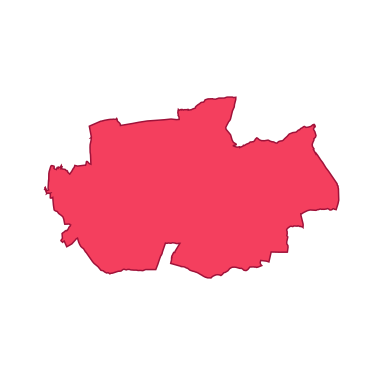 the district of Susani, Vâlcea, Romania, rotated 290°
{"feature_id": "2599482B57845502750026", "entity_name": "Susani", "entity_type": "district", "adm_level": 2, "iso_a3": "ROU", "parent_name": "Romania", "parent_adm1": "Vâlcea", "projection": "natural_earth1", "projection_center": [24.105, 44.597], "detail": "fine", "context": "isolated", "style": "filled", "palette": "rose", "viewbox_px": 384, "rotation_deg": 290, "n_neighbors": 0, "source": "geoboundaries", "source_scale": "gbopen_adm2", "svg_char_len": 5973}
<svg xmlns="http://www.w3.org/2000/svg" viewBox="0 0 384 384"><g transform="rotate(290 192 192)"><path d="M297.1,284.1L297.3,283.6L296.9,283.1L296.3,282.4L295.0,281.7L294.2,281.1L292.6,278.9L291.7,277.0L291.7,276.6L292.1,275.5L291.9,275.0L291.6,274.6L289.8,273.4L288.7,272.3L287.6,272.0L287.1,271.7L286.6,270.8L284.4,269.7L283.7,269.1L282.3,266.4L279.8,263.6L279.2,263.3L276.8,262.4L273.8,260.8L271.8,260.0L270.9,259.1L270.1,257.6L269.4,256.6L268.8,256.0L267.1,255.2L266.9,254.8L266.7,253.4L267.0,251.7L266.5,249.6L266.6,248.8L266.5,248.1L266.8,246.2L266.7,245.6L264.9,242.4L264.0,239.6L264.1,237.4L265.0,235.1L265.0,234.3L263.1,233.4L261.8,233.3L260.4,232.6L260.1,232.1L259.7,231.2L259.2,230.7L259.0,229.8L258.6,229.4L257.3,228.8L256.6,228.0L255.6,226.8L253.6,225.3L253.5,224.3L252.6,224.2L252.3,224.0L250.6,222.1L250.2,221.8L250.1,221.7L250.8,221.3L249.7,219.4L249.5,218.7L249.4,216.6L249.5,215.1L249.8,215.0L250.2,215.4L251.3,217.2L251.7,217.3L252.1,217.1L252.8,214.1L253.2,213.4L254.7,211.8L258.8,208.8L259.7,207.5L262.5,202.7L263.9,201.7L265.1,201.7L270.5,202.4L272.4,203.1L273.8,203.2L282.0,202.3L286.4,202.6L288.7,202.0L293.8,201.5L296.0,200.8L295.0,198.9L295.0,197.5L294.9,197.1L293.3,192.8L292.7,191.8L291.6,190.6L291.2,189.9L289.4,185.1L287.2,182.3L286.6,180.1L286.7,179.6L286.6,179.3L284.9,175.1L283.1,172.8L281.2,172.5L280.4,172.1L279.4,170.1L278.8,169.6L277.8,169.1L275.8,167.6L273.7,166.4L273.0,166.2L272.3,166.5L271.9,166.3L270.4,164.4L269.1,163.2L267.6,160.5L268.3,160.3L268.3,160.0L267.5,158.8L266.6,156.3L266.2,156.0L266.0,155.7L266.2,154.3L265.5,154.0L265.6,153.2L264.3,152.0L264.3,151.8L264.7,151.6L264.9,151.1L264.1,151.4L264.0,151.0L261.6,151.6L260.0,152.6L259.3,152.7L258.0,154.2L255.8,155.1L254.7,152.7L253.4,147.4L250.3,141.0L243.4,125.6L239.4,118.3L236.0,112.6L230.0,102.0L231.1,101.5L232.1,100.2L232.6,98.9L233.2,97.7L233.7,97.2L234.7,96.8L235.3,96.1L234.5,95.9L233.8,94.3L233.5,93.0L233.0,92.3L232.5,90.8L231.6,89.0L229.5,85.4L227.7,82.8L227.3,82.0L219.8,74.1L218.7,73.0L209.8,78.3L208.7,78.5L208.4,78.4L208.7,78.8L206.0,79.5L201.6,80.1L199.1,80.9L194.5,82.7L192.3,83.9L183.5,87.5L183.5,85.8L184.8,83.3L184.7,82.6L184.2,82.4L182.5,82.8L180.7,82.8L180.5,82.0L177.2,75.6L176.9,72.8L174.7,72.9L173.6,72.4L170.3,71.9L167.0,71.0L168.0,68.6L168.3,68.4L168.5,68.0L168.9,68.0L169.2,67.6L169.4,67.0L169.2,66.5L169.4,65.7L169.8,65.2L169.8,64.8L169.4,63.0L169.3,61.4L169.1,61.0L171.3,61.3L171.5,60.6L172.2,60.1L169.9,59.8L169.7,57.8L168.5,58.1L168.6,56.9L166.7,56.9L166.7,54.9L167.0,54.2L167.6,54.0L168.3,54.1L169.1,53.4L168.9,51.2L168.5,50.7L167.7,50.5L162.4,50.8L160.3,51.2L154.5,53.2L153.6,53.5L153.6,53.3L146.2,55.5L144.9,56.6L143.7,55.2L144.5,54.0L145.2,53.5L145.5,53.0L146.2,52.5L145.7,52.3L144.5,52.8L144.1,52.7L144.1,53.2L141.0,56.0L140.7,56.0L141.4,56.6L141.8,57.3L141.8,58.2L142.6,59.5L142.3,59.4L141.8,59.5L138.0,60.8L137.9,61.0L138.3,62.1L139.3,63.0L132.4,66.2L128.0,68.6L127.7,69.4L127.5,70.8L127.6,72.0L126.2,74.1L125.3,77.2L124.6,79.0L124.0,79.6L122.6,80.8L118.4,83.3L118.2,83.5L119.8,87.3L119.9,88.2L119.5,88.5L119.3,88.9L119.4,89.2L118.3,89.2L117.0,88.5L114.8,88.3L113.1,87.8L112.7,87.5L112.8,86.9L111.6,85.9L111.0,85.7L109.3,84.5L108.5,84.1L104.1,86.1L101.7,85.4L101.5,85.5L101.2,85.8L100.5,87.7L101.5,88.1L102.2,88.7L97.7,93.0L100.3,95.3L102.3,96.9L107.3,98.9L108.5,99.3L109.5,100.2L106.2,102.6L104.3,104.4L102.8,106.2L102.0,108.1L101.7,109.4L99.2,112.5L99.2,112.9L92.6,122.3L91.4,124.4L89.7,129.2L87.3,133.2L87.6,135.6L87.0,137.1L86.7,139.4L86.8,139.8L87.3,140.3L87.5,141.0L87.0,142.8L87.9,143.6L88.6,145.1L92.2,149.7L93.4,152.3L95.5,153.6L96.2,154.5L96.3,156.8L97.1,157.8L97.8,159.3L97.9,161.2L98.8,164.4L99.6,166.6L99.8,168.2L100.6,170.1L101.2,172.5L101.5,173.0L103.1,174.7L103.4,175.3L106.7,184.5L112.3,184.6L119.2,184.4L122.0,184.5L122.2,184.8L124.1,184.9L125.6,184.7L134.9,184.5L135.2,186.0L136.0,187.2L136.5,189.3L136.9,190.1L137.7,191.1L138.2,193.5L138.2,194.9L138.4,195.6L139.2,197.1L139.6,198.2L130.5,196.4L129.2,196.5L129.0,195.5L127.0,195.2L126.0,195.2L125.5,195.0L124.0,195.1L123.4,195.6L123.1,195.3L121.1,196.0L117.6,196.4L118.4,207.2L118.2,207.4L118.4,207.9L119.0,210.1L119.0,210.8L118.7,212.6L118.8,214.0L117.8,216.9L117.9,220.1L118.1,221.4L118.0,222.5L118.1,223.8L118.0,225.3L117.3,228.9L117.4,229.4L117.2,229.6L116.8,231.5L116.5,233.9L116.7,234.3L116.6,235.2L116.7,236.1L117.8,239.3L119.4,240.0L120.5,240.9L122.2,242.7L122.9,243.9L123.4,245.7L123.5,246.6L123.4,247.7L124.9,248.7L126.9,249.4L127.9,250.8L130.3,252.7L132.9,253.6L134.7,255.1L135.2,255.7L135.2,256.0L135.8,257.2L136.3,259.1L136.6,263.1L137.2,264.6L136.9,266.0L136.3,267.3L136.4,268.8L136.6,269.4L136.9,270.0L138.3,271.0L141.2,272.0L141.5,272.5L142.8,275.8L142.9,276.7L143.3,277.6L143.2,278.4L144.0,279.7L146.7,282.7L147.1,281.9L148.0,280.8L149.0,280.2L151.2,280.0L152.5,285.6L152.6,288.2L162.7,286.9L165.4,294.9L168.1,302.2L173.0,301.1L174.5,300.4L175.6,298.9L176.6,298.4L178.0,298.0L182.0,297.5L182.6,297.3L182.9,297.0L183.1,296.5L183.6,295.9L185.2,295.8L187.6,294.8L188.4,294.0L189.2,293.8L190.9,294.4L193.3,296.0L193.8,297.1L193.9,298.3L194.1,298.7L195.0,299.4L195.9,302.6L196.2,302.7L196.6,303.5L196.4,304.7L196.8,305.5L196.7,306.1L197.0,307.8L196.7,308.4L199.1,307.7L200.3,307.1L207.4,302.3L208.7,301.7L208.9,302.4L211.0,304.0L214.0,306.9L215.5,309.1L217.2,314.8L218.4,316.1L218.7,316.9L219.7,318.1L219.9,318.5L220.1,320.0L220.6,320.9L220.8,321.9L222.1,324.3L222.7,324.8L222.8,326.3L222.3,327.4L222.3,327.9L222.8,328.9L223.3,329.5L224.6,330.3L224.7,330.7L224.5,331.5L224.7,333.5L231.0,333.2L234.5,332.7L245.1,328.5L246.6,327.5L247.1,327.4L247.8,326.9L247.9,326.5L248.1,326.2L249.4,325.5L258.3,313.1L260.5,309.6L264.4,304.7L266.1,302.0L269.4,297.6L270.8,295.4L270.1,295.4L273.5,291.5L274.2,291.9L276.0,289.6L277.8,288.7L279.7,288.6L282.2,288.8L283.0,288.7L283.6,288.3L285.8,289.3L287.5,289.2L290.7,286.8L292.1,285.1L292.8,284.6L294.5,284.8L295.8,284.2L295.7,285.3L296.3,285.0L297.1,284.1Z" fill="#f43f5e" stroke="#9f1239" stroke-width="1.5"/></g></svg>